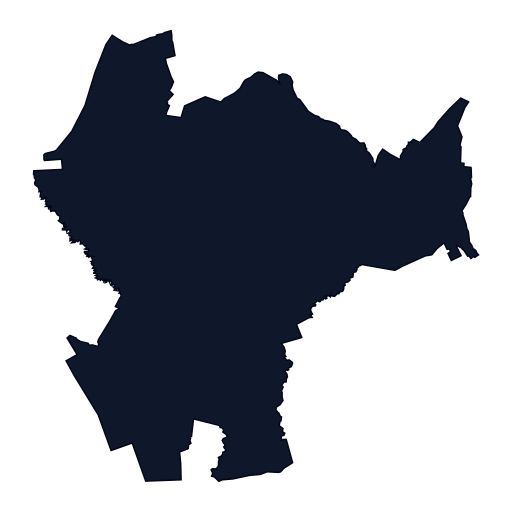 Ghizela, Timis, Romania (orthographic projection)
{"feature_id": "2599482B86350995908536", "entity_name": "Ghizela", "entity_type": "district", "adm_level": 2, "iso_a3": "ROU", "parent_name": "Romania", "parent_adm1": "Timis", "projection": "orthographic", "projection_center": [21.749, 45.838], "detail": "fine", "context": "isolated", "style": "filled", "palette": "ink", "viewbox_px": 512, "rotation_deg": 0, "n_neighbors": 0, "source": "geoboundaries", "source_scale": "gbopen_adm2", "svg_char_len": 5938}
<svg xmlns="http://www.w3.org/2000/svg" viewBox="0 0 512 512"><path d="M394.9,270.3L402.8,266.0L425.3,255.9L431.8,254.8L437.1,248.5L444.6,242.4L444.3,243.3L447.1,249.4L449.7,248.9L450.4,251.9L448.0,253.4L451.3,260.5L461.1,255.7L456.2,246.0L456.6,245.4L461.1,247.7L464.4,251.0L467.7,256.2L469.0,255.9L470.9,258.5L473.6,256.4L474.8,257.4L478.5,254.9L477.0,253.3L475.8,250.5L473.0,248.5L471.5,244.9L469.5,242.2L468.3,231.2L466.9,229.0L466.1,224.3L463.0,215.1L462.8,212.6L461.8,211.0L466.3,203.9L470.0,196.5L470.6,196.5L470.8,188.2L471.7,183.8L470.5,178.1L471.5,177.5L471.2,169.4L471.0,167.4L463.8,166.7L464.0,163.4L460.5,162.9L461.0,146.9L459.9,145.4L462.0,136.8L457.5,125.9L464.9,107.5L468.6,101.9L460.7,98.1L448.9,109.5L437.8,122.1L434.4,127.6L419.8,142.5L413.3,139.4L410.4,142.3L408.4,142.2L408.4,144.5L407.1,145.7L406.4,147.8L403.1,149.5L403.2,151.4L400.5,155.9L400.5,158.8L399.5,159.3L389.6,154.0L382.7,149.1L378.2,155.5L375.1,166.2L374.6,166.7L375.0,165.1L372.9,161.0L372.8,158.4L369.1,152.8L366.5,150.9L366.6,148.8L365.6,147.6L365.1,144.9L364.0,142.9L360.6,143.2L359.1,142.6L355.8,139.2L352.1,137.3L351.3,135.6L347.3,131.5L344.9,130.3L341.1,129.9L339.6,127.5L339.6,126.3L336.0,123.5L329.4,121.2L323.5,120.2L323.1,119.4L320.6,118.7L318.4,116.5L314.6,115.4L308.4,111.4L299.8,99.6L297.1,98.2L293.1,90.0L292.1,85.3L292.7,81.9L292.3,81.1L290.2,76.7L286.6,74.5L282.8,73.9L278.7,75.3L278.5,78.2L279.6,83.2L276.5,80.2L262.9,72.6L258.0,72.1L254.5,74.0L251.1,77.2L245.8,79.6L243.9,81.5L240.3,88.0L238.5,89.8L234.1,93.4L224.4,98.5L220.8,102.1L205.2,96.8L184.6,105.9L181.0,117.6L166.2,115.5L166.5,112.5L169.4,105.6L166.7,104.0L167.6,102.9L166.5,101.9L173.1,94.4L169.2,90.6L171.2,87.6L173.5,81.8L171.1,76.8L166.5,63.8L165.3,58.4L175.0,55.6L172.6,42.0L171.8,40.6L171.8,35.2L171.1,30.7L164.7,32.5L162.7,33.8L157.8,34.6L156.5,35.1L156.7,36.1L155.0,36.8L150.3,37.7L133.3,44.5L131.0,44.4L129.9,45.1L123.1,42.1L112.2,35.3L105.9,44.6L95.0,72.5L85.0,105.4L71.7,131.4L56.6,149.9L54.7,151.2L45.3,153.5L43.9,154.8L44.0,159.8L44.5,160.5L61.5,159.2L62.5,169.4L33.8,170.8L33.5,174.4L34.3,175.4L34.3,177.8L35.8,179.7L34.6,183.1L35.1,184.8L38.3,187.3L39.2,190.1L38.9,191.7L40.8,191.4L40.1,196.8L42.3,197.3L41.4,199.2L43.9,199.0L45.5,196.8L46.5,197.7L45.7,198.8L45.9,200.1L45.3,201.4L46.5,202.9L45.6,204.0L47.4,205.0L45.8,206.4L49.1,206.2L49.3,206.7L48.3,207.8L48.7,208.6L50.2,206.1L50.9,206.1L51.3,206.8L50.1,209.5L50.9,211.5L52.0,210.9L55.3,211.1L57.4,214.9L60.1,216.3L59.5,219.7L58.4,220.7L62.5,223.8L64.2,222.4L64.5,223.3L63.7,224.8L63.9,226.4L66.2,226.3L64.4,228.0L62.5,228.5L62.4,229.8L65.7,229.9L66.5,230.3L66.7,231.4L67.7,229.6L70.1,230.2L69.9,232.3L67.9,233.3L69.6,233.8L69.0,234.8L69.3,235.8L71.9,236.5L71.6,237.8L70.0,238.1L70.0,240.8L73.3,239.5L73.9,240.0L71.6,242.8L75.0,242.4L76.3,240.6L77.8,241.7L78.8,240.2L79.6,240.3L80.6,242.0L80.3,244.0L82.7,243.7L85.0,246.1L86.4,245.9L86.0,248.4L84.8,249.0L87.3,249.8L87.8,249.0L88.9,249.3L88.4,251.9L84.6,251.5L84.4,252.4L85.6,254.1L87.6,254.3L86.7,256.2L87.7,256.4L88.7,255.2L89.3,255.6L89.0,257.1L91.2,256.2L91.8,256.7L91.7,257.9L93.3,257.6L92.2,258.9L92.7,260.9L90.9,261.5L92.1,262.4L91.4,263.6L92.1,264.9L94.1,265.7L92.6,268.3L95.4,268.0L93.9,270.4L95.8,270.7L96.0,271.6L93.9,272.4L93.8,273.2L96.8,273.7L97.1,274.9L95.5,275.5L98.0,276.6L95.5,277.9L97.0,278.4L97.6,279.8L99.0,279.1L100.5,280.3L101.7,278.8L102.8,280.3L103.9,279.7L103.9,281.6L105.8,279.5L106.1,280.9L105.3,282.5L106.7,282.1L107.4,280.4L108.4,280.6L109.5,282.2L109.4,280.3L110.2,279.9L112.0,283.0L111.5,284.0L110.4,284.3L110.9,285.1L111.8,285.6L113.0,284.5L114.8,284.8L114.3,286.6L113.1,287.0L113.8,287.9L115.7,288.2L114.1,290.1L117.0,290.7L116.7,289.2L118.2,288.2L118.9,288.7L118.5,290.7L120.0,291.8L119.0,293.2L120.3,293.4L121.1,295.1L120.9,296.9L119.9,297.8L115.4,306.6L118.2,307.7L118.7,308.9L115.5,310.8L110.0,320.8L98.6,339.3L97.8,341.9L98.7,344.1L98.0,346.5L92.3,344.9L89.4,345.3L88.0,343.2L80.7,341.6L77.0,339.5L76.3,338.2L69.9,335.4L67.1,338.0L77.1,354.6L66.1,360.8L74.3,375.7L98.2,414.8L111.1,450.5L132.2,443.0L145.7,481.1L181.1,479.8L180.7,463.9L179.6,451.9L187.5,449.0L188.3,448.2L188.5,444.8L190.9,443.3L189.9,440.3L190.6,438.7L190.4,436.3L191.5,436.3L193.5,418.9L219.7,425.5L220.1,427.5L222.6,427.9L223.6,430.5L222.8,432.0L226.0,434.3L227.2,436.3L227.0,437.0L223.2,438.7L222.2,440.4L223.4,442.9L225.3,445.0L223.7,447.0L225.7,449.8L225.4,451.2L222.8,452.3L222.7,454.2L221.1,456.2L218.4,457.4L219.3,459.7L218.5,461.3L218.5,465.7L217.3,467.7L215.6,468.9L212.2,468.8L211.1,469.8L212.7,473.3L211.6,476.3L214.3,476.8L218.8,481.3L222.3,479.8L233.0,478.9L249.5,475.4L260.4,474.4L267.1,471.8L278.9,472.4L280.6,471.8L283.9,468.2L292.6,462.7L286.2,439.4L282.4,439.5L281.1,440.4L281.3,436.7L282.1,435.7L283.9,435.3L284.8,433.2L282.4,431.7L283.0,428.6L279.2,425.6L279.9,421.7L280.8,421.2L281.2,419.8L281.5,417.0L280.3,416.3L278.7,412.9L277.7,412.8L277.4,411.6L276.0,410.4L276.2,407.2L280.2,404.6L282.9,400.5L282.1,396.8L282.1,392.4L281.5,390.8L283.1,387.0L281.7,385.3L283.8,382.2L286.2,381.8L286.4,378.8L287.4,376.9L286.9,373.9L284.8,371.3L286.5,369.7L287.6,370.4L288.7,369.8L288.7,367.6L291.3,366.7L292.5,363.5L292.2,362.2L289.1,359.9L286.4,360.4L285.8,358.9L283.9,358.0L283.9,357.3L285.9,356.6L284.6,354.4L285.3,351.2L284.0,347.0L281.4,343.4L301.8,337.5L296.4,324.4L308.9,317.7L312.1,317.4L310.7,315.1L312.5,314.1L311.1,311.8L310.4,308.3L311.2,308.1L312.0,306.4L315.4,305.9L315.7,304.7L314.3,303.5L316.2,302.0L316.5,300.6L319.8,301.8L321.3,300.1L323.2,299.7L323.4,297.9L325.6,298.9L326.8,298.4L326.6,297.2L325.3,297.0L325.0,296.2L326.9,296.5L327.8,295.2L330.4,296.9L331.0,294.1L331.6,295.8L334.6,296.4L337.2,293.7L338.9,293.7L339.6,292.0L342.7,291.2L343.7,289.0L343.8,286.1L345.2,285.2L344.6,283.4L344.9,282.7L348.4,281.7L350.0,280.2L349.5,278.7L349.8,278.1L352.9,277.0L353.4,272.5L355.8,271.8L356.9,269.6L357.1,267.4L358.5,267.0L359.2,265.2L360.2,265.6L361.8,264.5L394.9,270.3Z" fill="#0f172a" stroke="#020617" stroke-width="1.5"/></svg>